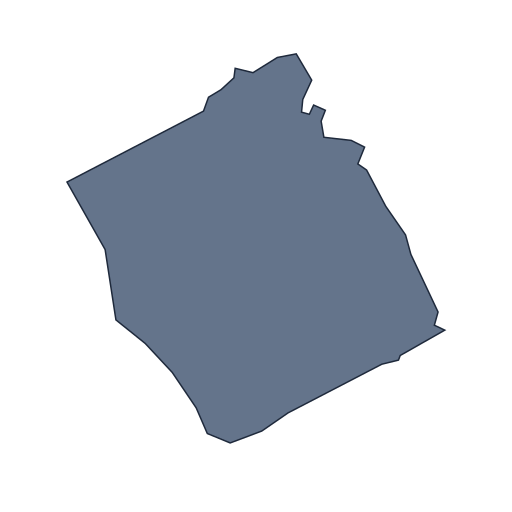 the district of Dickson, Tennessee, United States of America, rotated 325°
{"feature_id": "52423323B89058096253104", "entity_name": "Dickson", "entity_type": "district", "adm_level": 2, "iso_a3": "USA", "parent_name": "United States of America", "parent_adm1": "Tennessee", "projection": "albers", "projection_center": [-87.293, 36.147], "detail": "fine", "context": "isolated", "style": "filled", "palette": "slate", "viewbox_px": 512, "rotation_deg": 325, "n_neighbors": 0, "source": "geoboundaries", "source_scale": "gbopen_adm2", "svg_char_len": 645}
<svg xmlns="http://www.w3.org/2000/svg" viewBox="0 0 512 512"><g transform="rotate(325 256 256)"><path d="M143.6,87.0L136.1,164.2L104.6,228.0L115.1,264.1L120.6,303.3L119.9,346.1L114.3,373.5L127.6,394.3L160.3,402.7L192.4,402.9L297.0,416.8L313.0,423.0L317.1,420.2L368.1,425.0L362.4,415.0L373.0,406.3L383.8,343.5L390.6,324.5L390.8,289.7L395.9,249.0L392.2,239.0L407.4,229.1L400.3,215.9L379.7,197.7L386.7,182.9L396.4,176.4L389.8,165.4L381.0,170.5L375.8,164.3L384.1,154.6L402.5,143.9L404.9,113.5L387.3,105.6L358.7,104.1L346.6,90.3L340.1,97.4L322.6,99.7L308.2,98.7L296.1,107.2L143.6,87.0Z" fill="#64748b" stroke="#1e293b" stroke-width="1.5"/></g></svg>